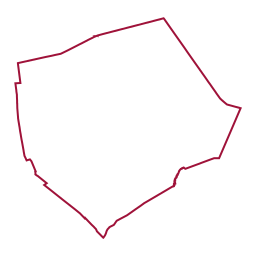 outline of Borger-Odoorn, Drenthe, Netherlands
{"feature_id": "6326949B13062469247327", "entity_name": "Borger-Odoorn", "entity_type": "district", "adm_level": 2, "iso_a3": "NLD", "parent_name": "Netherlands", "parent_adm1": "Drenthe", "projection": "albers", "projection_center": [6.905, 52.899], "detail": "fine", "context": "isolated", "style": "outline", "palette": "rose", "viewbox_px": 256, "rotation_deg": 0, "n_neighbors": 0, "source": "geoboundaries", "source_scale": "gbopen_adm2", "svg_char_len": 4153}
<svg xmlns="http://www.w3.org/2000/svg" viewBox="0 0 256 256"><path d="M163.6,18.3L137.5,25.1L121.6,29.2L102.3,34.2L101.6,34.4L97.9,35.4L97.8,35.7L97.7,35.6L97.1,35.7L96.6,35.9L96.3,36.0L96.2,36.0L95.9,36.2L95.0,36.2L95.0,36.4L94.9,36.4L95.0,36.5L94.6,36.7L93.6,37.2L91.9,38.1L89.8,39.1L89.4,39.3L88.4,39.8L87.4,40.3L86.8,40.7L85.9,41.1L83.8,42.2L82.8,42.7L81.7,43.3L79.6,44.3L77.5,45.4L68.1,50.2L63.4,52.5L60.7,53.8L54.9,55.0L54.5,55.1L51.5,55.8L46.0,56.9L17.9,63.1L17.9,63.3L18.1,65.0L20.4,83.0L15.4,83.3L16.1,88.8L16.3,90.1L16.4,91.6L16.9,94.8L16.9,96.2L17.0,98.7L17.1,100.6L17.1,100.9L17.1,101.7L17.1,103.2L17.2,103.3L17.2,103.9L17.3,108.2L17.9,115.6L18.0,116.7L18.1,118.5L18.3,119.7L18.4,120.4L19.0,124.0L19.3,125.9L19.5,126.9L19.8,129.0L20.1,131.1L20.4,132.8L20.7,134.4L20.9,135.8L21.5,139.3L22.1,142.4L23.6,150.7L23.7,151.5L24.5,155.9L25.5,157.9L26.6,160.4L29.9,159.4L31.4,161.2L31.5,161.4L34.5,168.6L34.9,169.6L35.7,171.4L35.2,171.8L35.5,172.8L35.4,174.4L36.8,175.5L37.5,175.8L46.7,183.2L44.2,185.0L47.1,187.3L48.4,188.3L62.6,199.6L75.2,209.5L79.0,212.6L79.8,213.2L84.8,218.4L85.1,217.9L86.1,219.0L86.6,219.4L87.0,219.9L91.7,224.8L93.3,226.3L94.2,227.2L94.4,227.5L95.6,228.7L95.8,228.9L96.2,229.6L96.5,230.3L96.6,230.5L96.7,230.8L96.8,231.0L96.9,231.3L97.1,231.5L97.4,231.8L97.7,232.1L98.6,233.0L99.6,234.0L100.0,234.4L100.7,235.1L101.7,236.2L102.0,236.4L102.9,237.4L103.3,237.7L103.5,237.5L104.7,235.8L104.8,235.6L105.0,235.3L105.4,234.6L105.5,234.3L105.9,233.3L106.0,233.1L106.1,232.8L106.3,232.1L106.4,231.7L106.7,230.9L106.8,230.7L107.4,229.6L107.5,229.4L108.4,228.4L108.8,228.0L109.2,227.5L109.3,227.4L109.4,227.2L110.1,226.8L111.4,226.1L112.1,225.8L113.6,225.0L113.8,224.9L114.0,224.7L114.4,224.1L115.5,222.5L116.3,221.3L116.8,220.7L117.6,220.3L118.9,219.6L120.0,219.0L127.0,215.3L132.7,211.3L132.8,211.2L134.7,209.9L134.8,209.8L135.8,209.1L140.0,206.2L140.6,205.8L144.4,203.0L145.0,202.7L148.6,200.6L158.3,194.9L159.5,194.2L165.8,190.5L169.5,188.3L170.7,187.6L172.8,186.4L172.8,186.5L173.0,186.5L173.5,186.4L173.6,186.1L173.9,186.0L173.9,185.9L174.0,185.9L174.0,185.6L173.9,185.6L173.9,185.4L173.9,185.2L174.0,185.1L174.3,184.8L174.5,184.8L174.5,184.7L174.4,184.4L174.2,184.3L173.9,184.2L173.9,183.9L174.0,183.8L174.0,183.7L174.3,183.5L174.5,183.5L174.8,183.5L175.0,183.5L175.3,183.5L175.3,183.4L175.2,183.2L175.0,182.9L175.1,182.7L175.0,182.4L174.9,182.3L174.8,182.2L174.7,182.2L174.5,182.3L174.4,182.3L174.4,182.2L174.4,181.9L174.5,181.9L174.7,181.3L174.8,181.3L174.9,181.2L174.9,180.8L174.9,180.7L174.7,180.5L174.6,180.4L174.7,180.2L174.8,180.2L174.8,180.3L174.8,180.1L175.2,180.2L175.2,179.9L175.1,179.7L175.1,179.4L175.1,179.2L175.1,178.8L175.2,178.7L175.4,178.7L175.5,178.6L175.5,178.4L175.5,178.2L175.8,178.1L176.2,177.9L176.3,177.8L176.4,177.7L176.5,177.5L176.5,177.4L176.4,177.3L176.3,177.1L176.3,176.9L176.5,176.9L176.8,176.8L176.9,176.7L176.8,176.4L176.7,176.2L176.7,175.9L176.7,175.6L176.8,175.5L176.8,175.4L177.1,175.1L177.3,174.8L177.6,174.9L177.8,174.8L177.8,174.7L177.6,174.5L177.6,174.4L177.5,174.2L177.7,173.9L177.8,173.8L178.1,173.8L178.2,173.7L178.5,173.0L178.5,172.9L178.6,172.7L178.7,172.4L178.8,171.9L178.9,171.7L179.0,171.6L179.0,171.4L179.0,171.2L179.2,170.9L179.4,170.8L179.5,170.7L179.6,170.4L179.7,170.2L179.8,170.0L179.9,169.9L180.1,169.7L180.4,169.5L180.5,169.3L180.8,169.1L181.0,169.0L181.0,168.9L181.4,168.8L181.5,168.8L181.5,168.7L181.7,168.4L181.8,168.3L182.0,168.2L182.2,168.3L182.4,168.1L182.6,168.0L182.7,167.9L182.8,167.9L183.0,167.9L183.1,168.0L183.4,167.9L183.5,167.9L183.7,167.7L183.8,167.6L184.5,168.2L185.3,168.8L185.5,168.8L186.2,168.5L197.6,164.3L199.3,163.7L201.3,162.9L210.2,159.6L214.1,158.2L219.1,158.2L233.4,125.0L240.6,108.2L227.0,104.5L225.5,103.3L225.3,103.1L224.7,102.6L224.3,102.3L223.8,101.8L223.4,101.5L223.0,101.2L222.6,100.7L222.4,100.6L222.1,100.4L221.5,99.8L220.0,98.4L219.9,98.2L219.1,97.1L216.3,93.2L215.8,92.4L211.7,86.6L210.2,84.4L208.5,82.1L205.4,77.6L204.2,75.9L202.2,73.1L200.9,71.2L199.9,69.9L199.7,69.5L199.5,69.2L198.8,68.3L198.6,67.9L198.4,67.7L192.4,59.2L187.2,51.8L184.6,48.0L174.3,33.4L164.2,19.0L163.6,18.3Z" fill="none" stroke="#9f1239" stroke-width="2"/></svg>